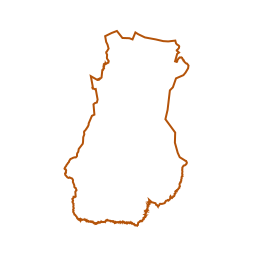 the district of Ulaan uul, Hövsgöl, Mongolia, rotated 255°
{"feature_id": "93677404B26765322238100", "entity_name": "Ulaan uul", "entity_type": "district", "adm_level": 2, "iso_a3": "MNG", "parent_name": "Mongolia", "parent_adm1": "Hövsgöl", "projection": "robinson", "projection_center": [98.358, 50.878], "detail": "fine", "context": "isolated", "style": "outline", "palette": "amber", "viewbox_px": 256, "rotation_deg": 255, "n_neighbors": 0, "source": "geoboundaries", "source_scale": "gbopen_adm2", "svg_char_len": 5579}
<svg xmlns="http://www.w3.org/2000/svg" viewBox="0 0 256 256"><g transform="rotate(255 128 128)"><path d="M201.2,189.3L202.8,184.5L206.4,177.7L211.1,167.8L215.9,162.2L218.4,159.9L212.4,155.3L214.4,152.5L216.4,145.9L224.6,142.4L224.0,136.7L222.6,129.7L216.8,129.2L213.8,129.8L209.7,129.8L207.6,127.6L207.0,126.9L206.9,126.6L206.0,126.4L204.2,126.8L201.4,125.8L200.5,125.7L197.6,126.7L196.2,125.9L196.4,125.1L195.9,124.5L195.9,123.5L195.7,123.2L196.1,123.1L195.8,123.0L195.9,122.8L196.3,122.7L196.3,122.2L196.2,121.9L195.8,122.2L195.5,122.0L195.3,121.3L195.0,121.2L195.0,120.8L194.7,120.7L194.7,121.0L194.4,120.7L194.0,120.7L193.6,120.3L193.3,120.6L192.9,120.2L192.0,120.3L191.8,119.6L191.3,119.6L190.6,119.0L190.6,118.2L183.6,115.5L182.8,113.8L183.2,113.4L183.0,113.0L182.5,112.9L182.5,112.6L183.0,111.9L182.8,111.4L182.2,111.6L182.3,110.9L187.7,105.5L177.3,104.7L176.2,104.0L175.8,104.5L175.1,104.3L174.7,105.3L174.0,106.0L174.0,106.9L163.3,106.0L160.7,104.5L160.6,102.5L159.8,100.8L149.6,99.0L149.1,96.3L142.6,91.2L141.3,90.8L140.2,90.0L139.8,89.4L139.3,89.2L138.6,88.2L137.9,87.6L137.7,87.1L136.7,86.1L136.4,85.3L136.0,84.8L135.5,84.5L133.1,84.1L130.7,82.4L126.3,81.0L124.5,80.2L120.5,75.0L117.9,73.8L116.9,72.6L116.0,72.0L114.5,71.6L113.8,71.2L113.1,69.9L113.5,68.7L113.4,67.0L113.0,65.3L113.0,64.5L111.5,62.8L110.2,61.9L109.8,61.0L109.2,60.5L108.3,59.2L107.4,58.5L106.4,57.2L105.3,56.2L104.9,56.2L104.4,56.5L104.0,57.2L102.7,57.2L102.0,56.7L100.8,56.5L100.6,56.2L100.6,55.6L100.4,55.4L98.9,55.3L96.0,56.7L95.2,57.6L95.1,58.0L95.4,58.7L93.6,61.0L91.9,61.4L90.2,60.8L86.6,61.3L84.9,60.9L83.9,61.4L83.6,61.9L81.3,62.2L81.0,62.0L80.8,61.4L80.0,60.6L75.3,59.7L75.0,58.9L75.4,58.6L75.7,57.6L74.3,56.9L73.9,55.9L73.1,55.9L72.3,56.2L71.6,55.9L71.2,55.3L70.4,55.2L69.0,55.8L68.3,55.4L67.4,55.4L66.0,54.7L64.6,54.9L63.5,53.9L62.3,54.0L62.2,53.7L61.3,53.4L60.7,53.4L59.4,53.9L58.3,53.8L57.5,54.6L56.2,55.0L55.7,55.4L53.9,55.6L53.0,56.1L53.4,56.3L52.9,56.9L52.1,57.3L52.4,57.4L52.7,58.3L52.4,58.4L52.0,59.2L51.6,59.1L51.8,59.3L51.1,60.0L51.0,61.7L50.3,62.6L50.6,62.8L50.0,63.1L50.1,63.4L49.2,63.6L49.5,64.2L48.9,64.2L49.0,64.4L48.8,64.6L48.5,64.8L48.8,65.1L48.6,65.5L48.0,65.6L47.6,65.9L47.8,66.4L47.1,67.4L47.4,67.9L46.9,68.2L47.1,68.5L46.7,68.9L46.9,69.1L46.8,69.7L45.4,70.0L44.8,70.5L45.0,70.9L44.4,71.2L44.2,71.7L43.9,71.7L44.0,72.2L43.6,72.4L43.6,72.6L44.4,72.8L44.1,73.7L44.4,73.8L44.6,74.2L44.1,74.5L44.4,75.0L44.0,75.8L44.4,75.8L44.2,76.1L44.2,76.8L44.3,77.3L44.0,78.1L44.3,78.2L43.9,78.5L43.8,79.5L43.4,80.3L43.5,81.3L43.1,81.6L44.3,82.7L44.1,83.0L44.2,83.5L44.5,83.4L44.6,83.7L44.3,83.8L44.5,84.3L43.8,84.7L43.8,85.2L43.4,85.7L43.0,86.8L42.3,87.0L42.2,87.8L42.4,87.9L42.2,88.7L41.6,88.9L41.7,89.7L40.9,89.8L40.4,90.6L39.6,90.6L39.6,91.3L39.9,91.6L39.8,92.0L40.3,92.0L39.8,92.7L39.9,93.0L39.5,93.9L39.7,94.1L39.6,94.4L39.2,94.5L39.5,95.4L38.9,95.6L38.7,95.9L38.9,96.2L38.6,96.2L38.9,96.7L38.5,97.3L39.0,98.3L38.2,98.5L38.6,98.8L38.4,99.2L38.6,99.6L37.8,100.2L37.2,100.3L37.3,100.7L36.8,101.2L37.0,101.5L36.6,101.7L36.8,101.9L36.7,102.4L36.1,102.8L36.4,103.2L36.8,103.2L36.5,103.7L36.7,103.9L36.6,104.3L36.2,104.3L35.7,104.8L35.8,105.0L35.7,105.4L35.9,105.6L35.6,105.9L36.1,106.4L35.6,106.6L35.4,107.2L34.6,107.2L34.7,107.7L33.5,108.4L33.4,108.6L33.8,108.7L33.8,109.0L32.1,109.6L32.0,109.9L32.3,110.0L31.7,110.6L31.8,111.3L31.4,111.6L31.9,112.0L31.8,112.4L33.8,113.3L34.1,113.6L34.3,114.9L34.9,115.4L35.1,116.0L34.5,116.6L34.4,116.9L34.7,117.0L34.6,117.8L35.6,118.4L35.7,119.3L36.8,119.6L36.6,120.0L37.3,120.2L37.3,120.8L37.6,121.0L37.5,121.5L38.9,121.9L38.5,121.9L38.4,122.2L38.9,122.2L39.0,122.5L39.1,122.2L39.5,122.4L39.9,122.0L39.9,122.3L40.4,122.5L40.7,122.7L41.3,123.2L41.9,123.3L42.3,123.9L42.9,123.7L43.0,123.4L43.2,123.7L43.0,124.1L43.3,123.9L43.2,124.3L43.9,124.3L43.4,124.4L43.9,124.6L43.8,125.0L43.6,125.2L44.2,125.6L44.8,125.2L44.4,125.7L44.8,125.6L44.9,125.9L45.4,126.0L45.3,126.6L45.5,126.3L46.7,126.6L47.3,126.5L47.9,126.8L47.9,127.4L48.4,127.3L48.1,127.6L48.6,127.7L48.5,127.9L48.7,128.4L49.1,128.4L49.1,128.1L49.7,128.4L49.6,128.7L50.5,128.4L50.5,128.9L50.9,129.0L51.1,128.7L51.1,129.0L51.5,129.3L51.2,129.6L52.0,129.5L52.4,129.9L53.0,129.9L50.2,131.7L48.2,135.1L46.5,135.3L46.2,136.0L44.4,136.6L44.9,136.9L45.1,137.9L46.0,138.6L46.5,139.4L45.9,141.0L45.9,143.4L46.1,144.2L46.8,144.6L47.0,145.1L47.7,145.6L47.9,146.0L47.8,147.2L48.1,147.7L47.5,148.3L47.9,148.6L47.9,149.4L48.5,149.9L48.9,150.8L49.9,150.8L50.6,151.0L51.0,151.4L50.1,151.6L49.1,152.5L49.6,153.1L49.8,153.8L50.2,154.0L50.1,154.3L50.3,155.0L51.5,155.8L52.3,155.9L52.5,156.7L52.8,157.1L54.0,157.2L53.9,157.6L54.1,157.8L54.8,157.9L54.8,158.4L54.5,158.8L55.4,159.1L55.7,160.5L56.5,161.0L56.9,162.1L58.0,162.5L58.2,163.0L60.4,163.2L60.9,163.5L61.8,164.3L61.8,164.8L62.5,164.9L63.2,165.8L64.2,165.9L65.4,166.8L66.0,166.8L67.2,167.4L67.3,168.1L68.0,168.1L69.0,168.6L69.6,168.4L72.2,169.4L73.5,169.4L74.3,170.0L75.2,170.0L75.8,170.3L77.3,172.0L77.2,173.1L77.8,174.6L78.2,174.9L78.4,175.4L79.4,175.9L81.1,175.6L81.5,174.9L81.8,174.7L86.4,170.4L91.2,169.6L101.7,169.5L111.4,172.4L126.8,166.4L135.2,170.9L153.5,178.2L155.7,181.9L163.5,187.2L164.7,195.2L166.6,197.9L170.1,201.5L172.7,202.6L174.9,201.7L175.2,201.0L177.0,199.8L178.0,199.4L178.8,199.4L179.0,198.9L179.9,199.0L180.8,198.4L181.8,198.4L182.5,197.7L182.4,197.0L182.8,196.4L182.0,194.7L180.3,192.9L179.5,192.7L179.2,192.2L180.2,190.7L186.9,194.7L187.7,196.8L190.2,195.1L190.5,195.2L191.0,196.3L192.0,197.8L193.3,198.5L193.8,198.6L194.7,198.2L195.9,197.0L197.3,196.3L200.2,196.3L201.2,189.3Z" fill="none" stroke="#b45309" stroke-width="2"/></g></svg>